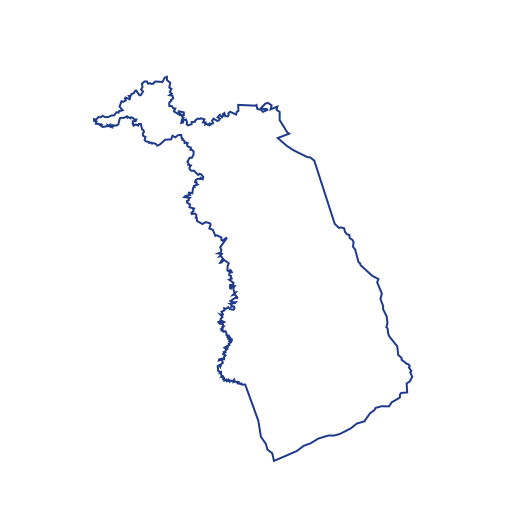 Santuk, Kâmpóng Thum, Cambodia, rotated 72°
{"feature_id": "14789045B50738302536957", "entity_name": "Santuk", "entity_type": "district", "adm_level": 2, "iso_a3": "KHM", "parent_name": "Cambodia", "parent_adm1": "Kâmpóng Thum", "projection": "natural_earth1", "projection_center": [105.23, 12.591], "detail": "fine", "context": "isolated", "style": "outline", "palette": "blue", "viewbox_px": 512, "rotation_deg": 72, "n_neighbors": 0, "source": "geoboundaries", "source_scale": "gbopen_adm2", "svg_char_len": 6044}
<svg xmlns="http://www.w3.org/2000/svg" viewBox="0 0 512 512"><g transform="rotate(72 256 256)"><path d="M456.4,302.2L454.1,277.4L451.3,269.4L451.0,261.9L448.9,253.2L449.1,242.7L450.8,237.5L451.2,231.6L449.2,219.0L446.5,211.9L446.8,204.1L440.7,196.0L439.1,190.9L437.4,189.2L437.7,183.1L440.1,175.9L437.1,172.2L435.1,162.9L432.4,162.0L431.1,160.2L432.5,154.4L423.8,152.1L422.7,148.3L419.2,144.8L414.3,145.2L413.3,143.8L409.3,145.0L408.4,143.9L406.3,144.3L405.3,145.8L399.6,149.6L397.9,149.0L394.1,151.3L385.6,149.6L373.8,154.0L370.6,154.3L365.5,153.2L363.9,154.0L360.2,151.6L353.8,150.4L345.8,151.6L343.1,150.6L335.4,150.9L330.5,147.9L318.5,148.9L315.8,146.7L310.7,151.6L297.0,159.4L295.4,159.2L293.5,160.4L280.4,159.7L277.1,160.9L273.2,159.0L270.6,159.2L268.0,161.3L264.8,160.8L263.4,162.8L260.5,163.9L256.9,163.6L255.2,166.0L254.9,168.4L249.7,171.2L183.3,171.1L178.9,174.0L178.0,176.4L167.5,187.2L160.9,192.6L150.5,198.8L149.9,186.7L148.2,188.0L134.1,191.5L126.3,189.0L123.3,191.3L120.5,189.5L121.0,196.8L117.5,194.6L114.1,197.3L113.9,199.8L116.7,205.3L117.9,204.7L119.5,200.5L120.5,200.1L121.1,204.8L118.5,205.9L116.5,209.3L112.5,208.9L112.8,210.2L106.8,226.2L112.5,227.9L113.1,229.8L115.3,231.2L110.8,236.1L111.8,238.2L113.7,238.5L114.5,239.8L113.5,242.0L110.3,241.9L110.8,243.5L112.4,243.8L113.6,245.5L110.5,246.6L112.1,249.6L114.3,247.9L115.5,249.3L115.6,251.1L112.3,253.9L113.8,256.0L116.3,255.7L117.3,259.7L115.7,259.3L116.4,261.2L115.1,262.1L115.2,263.7L113.4,262.7L112.6,265.1L110.1,262.8L108.0,265.8L108.3,267.0L107.3,269.0L108.4,272.0L109.5,272.5L108.7,275.8L110.7,276.4L110.8,280.3L109.1,281.2L107.6,280.3L104.6,280.4L104.2,282.8L106.5,284.2L106.4,285.9L103.5,284.4L102.0,282.2L100.7,283.2L99.6,282.4L99.5,280.9L97.1,280.3L94.5,284.7L96.2,285.3L98.8,283.1L98.6,284.7L93.1,289.4L90.8,287.2L90.0,289.1L87.6,289.6L86.5,292.1L83.3,291.1L82.3,288.7L81.3,288.7L80.5,286.0L77.7,285.9L76.3,288.5L75.5,286.0L73.3,287.3L71.0,284.8L69.0,286.4L64.7,284.0L61.3,286.3L58.0,285.4L58.2,287.7L61.6,291.2L58.9,297.8L60.4,300.9L60.1,302.2L58.8,303.6L58.8,305.4L56.3,305.8L55.6,308.1L56.9,311.3L60.2,311.7L62.1,313.8L64.7,312.6L67.4,315.9L67.1,317.2L61.5,318.8L61.5,319.7L63.4,322.0L63.5,324.4L65.1,325.9L64.6,327.4L66.6,326.9L67.9,327.8L65.0,331.0L65.5,331.9L67.8,331.8L68.4,334.5L67.3,336.1L71.8,339.6L76.2,337.8L75.9,341.7L77.2,342.4L76.2,344.4L78.4,347.4L77.7,350.1L78.2,353.5L77.3,356.5L75.3,358.6L76.1,360.9L75.2,362.9L76.8,365.9L75.8,367.7L77.6,368.2L78.8,366.1L80.7,367.4L82.8,362.9L83.4,363.6L83.9,362.3L84.5,363.0L85.9,362.0L86.6,357.1L85.6,356.9L86.4,356.3L86.1,355.0L86.7,355.5L87.0,354.4L87.5,355.2L89.3,352.9L87.2,352.2L88.2,351.1L87.3,350.2L88.0,350.4L88.8,348.6L88.3,346.3L82.8,342.8L83.8,338.5L83.3,335.7L84.5,335.5L84.1,334.9L86.2,332.8L85.5,332.3L86.4,330.5L88.9,329.2L89.2,327.7L90.6,328.8L89.8,331.5L92.2,332.4L93.1,331.2L92.8,332.3L94.2,332.2L93.9,329.6L95.5,327.8L94.3,326.8L94.9,324.7L100.4,325.2L101.4,324.2L103.4,324.2L104.5,325.7L106.6,326.3L108.7,324.3L111.2,326.1L112.9,325.4L114.4,322.6L115.3,322.8L116.0,320.2L117.0,320.1L117.0,318.6L118.3,316.7L120.5,315.9L120.2,312.8L117.3,306.4L118.9,300.7L115.8,298.2L118.2,296.2L117.0,292.6L117.8,289.7L120.9,290.3L121.7,289.4L122.7,290.2L124.1,288.6L126.5,289.0L126.5,287.2L127.5,286.2L127.8,287.0L130.6,287.2L132.7,284.5L134.3,284.9L134.8,286.3L135.1,284.3L137.2,283.0L140.5,284.2L142.8,286.8L142.1,288.7L145.2,292.1L147.0,291.5L148.3,292.3L149.7,289.9L151.5,292.1L152.8,292.3L154.9,291.3L155.7,288.6L161.1,285.9L160.4,284.3L161.4,282.9L164.6,281.7L166.5,283.0L164.7,284.5L165.6,285.0L164.6,287.4L165.1,289.8L166.8,291.1L167.4,289.8L168.6,290.3L170.0,289.4L170.2,293.3L171.4,293.1L171.6,294.7L176.7,297.2L175.0,300.0L175.5,300.7L177.6,300.0L177.2,304.6L177.8,306.0L180.2,301.1L180.6,302.2L182.2,302.7L182.3,304.5L183.9,305.1L186.5,302.8L189.1,304.2L191.7,300.2L192.5,301.4L193.9,301.5L195.0,304.1L196.3,304.1L196.8,300.9L198.5,300.0L200.6,300.8L200.7,302.2L201.4,300.6L204.6,301.2L209.0,297.1L208.3,293.2L210.8,289.6L211.9,289.4L215.5,291.9L217.7,289.0L224.3,288.4L224.2,286.8L227.7,283.2L230.0,284.0L231.2,283.0L229.6,278.9L230.2,278.6L236.7,287.4L239.5,287.1L241.7,288.3L241.9,291.2L243.5,288.0L245.1,290.7L245.2,289.3L248.2,288.3L251.3,292.2L251.5,290.7L249.6,287.8L254.5,284.1L257.2,286.3L261.1,287.6L262.2,286.4L261.3,284.8L262.0,284.4L263.9,284.0L263.8,286.3L265.7,287.5L267.5,285.9L269.4,286.9L270.0,285.3L270.2,288.9L274.6,285.7L276.0,286.4L275.6,289.6L278.5,290.6L279.2,289.9L277.5,288.8L278.1,285.7L279.6,287.6L283.9,287.9L284.2,286.5L285.9,289.9L286.0,288.1L289.5,286.6L290.2,287.0L289.4,288.5L290.9,294.2L292.9,292.3L293.7,289.6L294.2,290.4L293.4,295.3L294.6,294.2L296.6,295.3L297.0,292.7L299.1,292.6L300.2,294.0L298.4,297.3L296.1,298.2L296.9,301.1L295.9,302.4L298.0,302.9L298.3,306.0L301.4,305.5L301.6,306.7L300.6,308.0L303.7,306.7L304.9,309.1L306.1,309.5L308.9,306.7L309.0,308.2L307.0,310.8L307.2,312.2L309.3,311.3L310.2,308.6L311.6,308.5L312.5,309.3L313.0,308.5L314.5,311.5L315.1,310.5L316.3,311.7L317.0,310.2L317.9,310.4L318.2,307.5L318.5,308.6L319.6,307.9L322.1,308.5L322.8,307.2L324.1,308.3L325.9,307.7L324.5,306.2L326.0,305.8L326.8,307.2L327.6,304.8L328.6,305.0L327.9,306.0L328.8,307.8L329.6,307.3L328.6,306.1L330.3,306.4L331.0,309.0L332.4,308.8L332.6,310.3L334.2,311.2L332.7,311.4L333.5,314.4L335.6,312.8L337.0,314.6L338.0,314.7L337.5,316.3L338.7,316.3L339.3,318.5L339.4,316.8L341.1,315.7L342.2,317.7L344.2,318.2L343.2,319.6L342.9,323.0L343.9,323.6L343.9,321.3L344.9,320.4L347.4,320.6L347.9,322.3L350.4,324.2L348.4,324.6L348.9,326.5L353.4,327.4L354.9,326.3L356.0,326.7L355.6,325.1L359.5,326.1L359.9,324.7L360.9,324.5L360.9,325.5L361.8,324.2L362.9,325.1L363.0,323.2L363.3,324.3L364.7,324.7L364.5,322.5L366.1,322.6L366.2,321.5L365.1,320.6L367.3,319.9L366.3,319.1L368.0,317.1L367.1,315.5L368.7,316.1L368.3,315.1L369.0,315.3L370.1,312.3L370.9,313.8L370.8,313.0L371.8,312.4L371.2,311.5L372.9,310.5L372.7,309.3L374.0,309.1L374.9,306.0L413.4,304.7L429.5,307.2L437.6,304.7L443.7,304.9L448.7,301.5L456.4,302.2Z" fill="none" stroke="#1e3a8a" stroke-width="2"/></g></svg>